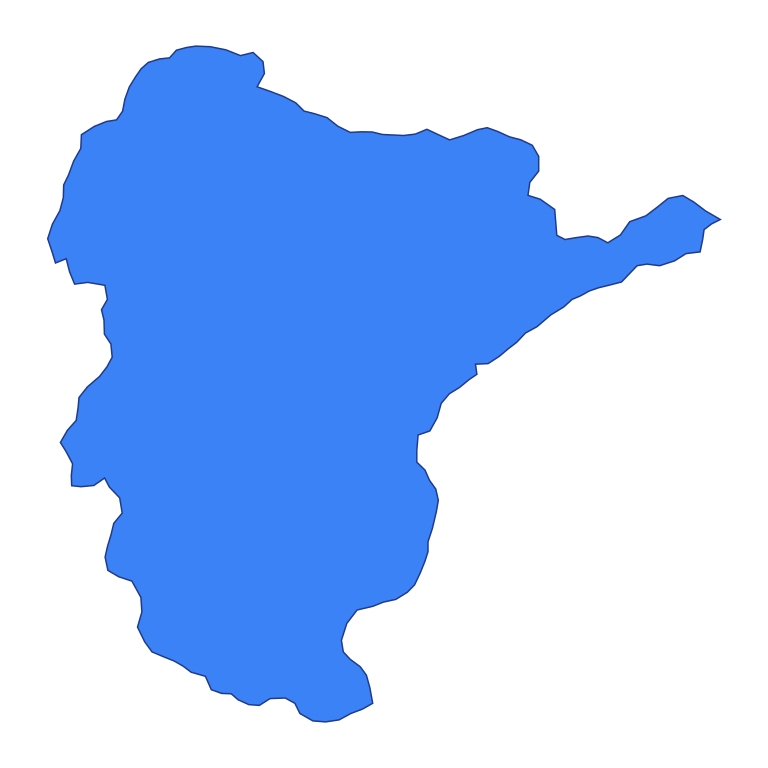 Cambuí, Minas Gerais, Brazil
{"feature_id": "56859067B55760606660323", "entity_name": "Cambuí", "entity_type": "district", "adm_level": 2, "iso_a3": "BRA", "parent_name": "Brazil", "parent_adm1": "Minas Gerais", "projection": "orthographic", "projection_center": [-46.068, -22.592], "detail": "fine", "context": "isolated", "style": "filled", "palette": "blue", "viewbox_px": 768, "rotation_deg": 0, "n_neighbors": 0, "source": "geoboundaries", "source_scale": "gbopen_adm2", "svg_char_len": 2459}
<svg xmlns="http://www.w3.org/2000/svg" viewBox="0 0 768 768"><path d="M81.4,134.7L80.8,148.4L73.6,161.2L68.6,174.8L63.7,184.9L63.3,197.8L59.9,210.6L52.4,224.2L47.7,238.7L52.1,251.9L55.5,263.0L66.2,258.7L69.6,271.9L74.6,284.1L87.8,282.4L104.9,285.3L107.4,299.4L101.5,309.7L104.0,320.2L104.4,334.1L110.9,344.0L112.2,357.2L106.9,366.9L99.6,376.4L87.4,386.9L79.0,397.5L78.1,407.6L76.2,420.4L67.4,430.3L60.4,442.5L65.9,451.2L72.6,463.8L71.3,475.6L71.7,485.7L81.0,486.7L93.8,485.5L104.6,478.0L109.4,487.1L119.7,497.9L122.2,513.1L113.8,523.3L111.0,534.8L107.5,546.4L105.1,557.1L107.9,570.4L118.8,576.8L131.9,581.1L140.9,597.4L141.9,611.9L137.5,627.1L144.7,641.8L152.0,651.9L163.4,656.7L174.1,661.0L183.2,666.2L191.1,672.2L205.4,676.3L211.3,689.7L221.6,693.4L231.3,693.8L238.1,699.8L248.8,704.6L259.3,705.4L270.0,698.6L285.2,698.0L294.9,703.3L299.9,713.5L312.9,720.9L325.6,721.9L339.0,719.9L350.8,713.5L362.4,709.1L372.7,703.3L369.8,687.4L366.4,675.2L360.3,666.8L350.2,659.3L343.3,651.9L341.4,640.3L346.8,623.4L357.1,610.0L373.1,606.2L383.4,602.1L395.8,599.4L407.4,592.2L414.6,584.8L420.2,573.0L424.9,561.4L428.0,551.7L428.0,541.8L432.4,528.4L436.4,511.4L438.3,500.3L435.8,489.1L429.5,480.3L425.0,470.1L416.8,462.1L416.8,450.5L418.1,435.0L429.9,430.9L437.2,417.7L441.2,403.4L449.4,393.7L459.7,387.3L469.2,379.5L476.9,374.3L475.5,364.2L488.1,363.6L499.6,356.1L508.1,348.9L516.7,342.3L525.5,333.0L537.1,326.6L550.9,314.8L563.7,307.0L572.1,299.4L580.8,295.7L589.0,291.1L598.4,287.8L608.7,285.3L621.5,282.0L630.6,272.5L637.1,265.7L646.9,264.1L659.6,265.7L674.7,260.8L686.0,253.6L700.1,251.9L702.6,239.8L704.1,229.6L711.6,223.9L720.3,219.5L705.6,211.0L694.0,202.2L682.8,195.5L668.1,198.4L657.6,206.9L645.9,215.8L629.7,221.7L620.5,234.9L607.8,242.8L598.0,237.6L588.1,236.0L576.3,237.6L565.0,239.5L556.8,235.3L555.9,224.2L554.7,209.5L540.2,199.2L528.0,195.4L529.8,182.4L538.7,171.1L538.7,156.4L532.3,145.3L521.0,139.9L509.4,136.8L497.5,131.4L487.2,127.7L477.5,129.7L463.8,135.5L449.6,139.9L438.4,134.7L426.9,129.3L415.3,134.1L403.7,135.5L382.5,134.5L372.2,132.0L361.5,131.8L350.2,132.4L337.8,126.2L327.1,117.7L314.9,113.8L304.1,111.1L295.8,102.9L283.6,96.5L270.5,91.5L257.1,86.8L264.4,73.5L263.0,61.6L253.1,52.5L240.5,55.6L225.8,49.8L210.2,46.7L195.8,46.1L186.5,47.5L176.4,50.2L169.5,57.9L159.6,58.9L148.3,62.4L141.1,68.8L135.5,76.9L129.3,87.0L124.9,99.2L122.6,111.2L116.5,119.9L106.4,121.5L94.5,126.3L81.4,134.7Z" fill="#3b82f6" stroke="#1e3a8a" stroke-width="1.5"/></svg>